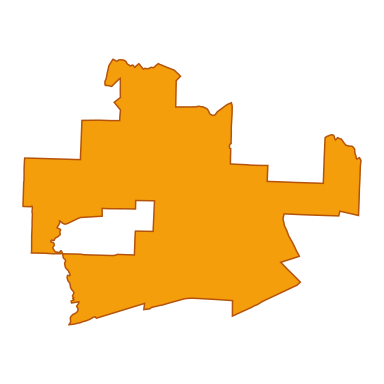 the district of Sohatu, Calarasi, Romania
{"feature_id": "2599482B94348057267162", "entity_name": "Sohatu", "entity_type": "district", "adm_level": 2, "iso_a3": "ROU", "parent_name": "Romania", "parent_adm1": "Calarasi", "projection": "mercator", "projection_center": [26.509, 44.36], "detail": "fine", "context": "isolated", "style": "filled", "palette": "amber", "viewbox_px": 384, "rotation_deg": 0, "n_neighbors": 0, "source": "geoboundaries", "source_scale": "gbopen_adm2", "svg_char_len": 5797}
<svg xmlns="http://www.w3.org/2000/svg" viewBox="0 0 384 384"><path d="M239.1,313.0L252.1,307.1L253.7,306.0L254.5,305.7L256.2,305.1L257.6,304.5L260.2,302.8L262.1,301.7L263.8,300.8L297.2,285.1L300.3,282.1L298.3,280.0L286.8,268.6L280.7,262.3L298.8,256.5L299.3,256.3L299.4,256.2L296.5,251.0L294.5,246.6L292.4,242.4L288.8,236.1L286.8,230.7L284.3,225.3L283.8,222.1L283.3,220.7L283.0,218.7L284.1,213.9L307.5,214.9L322.4,215.4L338.8,215.9L339.8,211.2L350.1,213.5L358.5,215.5L358.6,212.7L359.1,199.9L359.4,189.2L359.5,186.5L359.6,185.0L359.9,179.3L360.3,166.9L360.4,165.7L361.0,160.4L359.4,157.7L356.8,159.0L356.3,158.4L355.9,155.7L355.4,154.7L355.0,153.4L354.8,151.8L354.8,149.8L354.2,148.4L352.9,146.9L352.1,146.3L348.7,146.0L345.8,145.1L344.4,143.4L342.7,141.0L341.4,139.2L341.1,139.0L340.3,138.9L340.0,138.8L338.3,138.0L337.8,137.7L337.6,137.6L335.6,139.9L335.1,139.4L334.8,138.9L334.7,138.6L334.3,136.8L334.0,136.0L333.7,135.5L333.3,135.1L332.7,134.9L332.3,134.8L331.7,134.8L331.1,134.9L330.2,135.1L328.6,135.8L328.2,136.0L327.3,136.2L326.8,136.5L325.6,137.3L325.1,137.7L324.4,153.4L323.8,169.6L323.3,183.4L318.8,183.2L293.7,182.4L287.2,182.1L275.9,181.7L267.2,181.4L267.8,165.5L258.4,165.4L249.6,165.1L248.1,164.8L230.4,164.0L230.5,159.9L230.5,156.0L230.6,155.2L230.7,148.6L230.1,148.4L229.7,148.0L229.4,147.4L229.6,144.8L230.0,144.2L231.1,143.6L231.1,139.9L231.3,134.2L231.3,130.5L231.2,128.6L231.3,127.2L231.5,123.5L231.8,118.1L232.0,115.1L232.1,112.7L232.2,106.5L231.9,104.6L231.1,102.0L231.3,103.2L231.2,103.3L230.4,103.4L229.0,103.7L228.2,104.1L227.0,104.7L226.4,105.1L225.4,105.8L221.7,108.6L219.0,110.5L217.5,111.6L216.8,112.5L216.3,113.1L215.7,114.2L215.1,114.8L214.5,115.2L213.5,115.3L212.2,115.2L211.3,114.8L210.5,114.4L209.9,113.9L209.6,113.3L209.3,112.8L208.8,111.5L207.5,109.3L207.0,108.8L204.5,107.6L203.1,106.9L202.7,106.8L200.9,106.7L199.3,106.3L198.5,106.3L197.1,106.5L195.9,106.9L175.7,107.0L176.2,80.7L180.5,76.3L179.8,75.6L179.0,74.7L175.0,70.9L174.2,70.1L170.4,68.7L162.7,65.6L161.8,65.1L160.1,64.6L159.7,64.4L158.4,63.6L158.2,63.7L156.0,65.5L154.8,66.6L153.5,67.7L153.3,67.7L152.9,67.6L152.0,67.4L151.1,67.3L149.8,68.0L148.5,68.6L147.5,68.7L146.0,68.6L144.8,68.3L144.2,68.6L143.2,69.1L139.1,63.9L138.7,63.8L136.0,66.1L135.9,66.4L134.8,67.4L133.1,65.3L132.8,65.1L132.5,65.1L132.0,65.2L130.6,65.9L130.4,65.9L130.0,65.8L129.3,65.2L128.8,64.9L127.9,64.4L127.4,64.0L127.1,63.7L126.9,63.4L126.3,62.1L126.1,61.7L125.9,61.5L125.7,61.3L125.3,61.0L124.7,60.6L124.0,60.3L123.4,60.1L122.7,59.9L119.3,59.8L118.3,60.2L117.2,61.1L116.9,61.2L116.5,61.2L113.3,59.3L113.1,59.3L112.8,59.4L109.9,64.1L109.0,65.5L108.8,66.2L107.4,72.3L106.1,78.9L105.6,80.0L105.0,81.2L104.9,83.2L105.0,84.5L105.3,85.3L105.7,85.6L106.6,85.4L107.6,85.5L109.7,85.9L111.3,86.4L111.6,86.4L112.0,86.1L113.8,84.3L115.9,82.1L116.7,81.4L117.6,80.6L119.3,78.9L120.3,78.3L120.3,82.2L120.4,85.2L120.3,88.1L120.3,91.8L120.4,97.5L114.2,102.3L120.5,110.0L120.2,113.0L119.9,116.4L119.7,120.6L110.9,120.6L98.8,120.2L81.9,120.4L81.7,126.7L81.0,145.1L80.5,156.2L80.5,159.6L75.0,159.5L62.6,159.1L54.7,158.9L32.5,158.2L24.7,158.1L24.5,160.5L24.1,168.2L24.1,174.5L24.0,180.7L23.8,181.7L23.7,182.1L23.0,206.4L23.5,206.5L30.1,206.7L30.6,206.7L30.9,206.6L31.9,206.1L32.1,206.6L32.3,207.3L32.4,207.7L32.0,212.0L32.1,212.5L32.3,213.3L32.4,213.6L32.1,221.7L32.1,226.0L31.7,235.7L31.6,249.8L31.6,250.6L31.4,253.0L44.6,253.2L53.5,253.8L55.0,253.7L58.9,253.7L61.5,253.7L62.3,253.5L62.3,253.1L62.0,252.2L61.8,251.8L61.3,250.9L61.1,250.8L60.9,250.8L60.5,250.9L60.3,251.1L60.1,251.5L59.9,252.2L59.8,252.4L59.5,252.5L59.0,252.5L58.0,252.3L57.3,252.1L56.0,252.0L55.5,251.9L55.0,251.5L54.5,250.9L53.0,248.4L52.8,247.8L52.8,247.4L53.6,246.3L54.0,245.8L54.2,245.3L54.2,244.4L54.1,243.8L53.8,243.2L53.4,242.8L52.7,242.5L51.2,242.1L50.9,241.9L50.7,241.7L50.7,241.4L50.9,240.8L51.4,240.2L52.0,240.1L52.9,240.4L53.5,240.5L54.0,240.4L54.2,240.1L54.6,239.3L54.9,238.6L55.3,238.2L55.8,237.8L56.7,237.4L58.8,236.0L59.9,234.9L60.2,234.6L59.8,231.7L59.9,231.2L60.5,230.4L60.6,229.9L60.1,229.2L59.5,228.9L58.5,228.5L57.3,228.0L57.1,227.7L57.2,227.2L59.5,223.5L59.7,222.2L59.7,221.3L59.6,221.0L60.2,221.2L60.6,221.4L61.7,222.5L63.2,223.5L64.4,224.0L64.8,224.1L65.5,224.1L67.0,223.7L69.4,222.6L74.6,220.1L77.9,218.5L80.5,217.5L102.2,216.2L102.1,208.4L108.0,208.7L126.3,208.8L135.5,209.0L135.7,200.5L154.5,200.8L153.4,225.1L153.2,228.8L153.2,231.4L135.4,231.1L135.0,237.8L134.4,255.0L117.6,254.4L117.2,254.4L116.7,254.6L116.0,255.1L115.5,255.2L114.8,255.2L114.2,255.3L113.7,255.6L89.8,254.9L88.8,254.9L88.1,255.0L87.4,254.8L83.3,254.7L81.8,254.3L78.3,254.1L62.7,253.8L62.9,255.7L63.2,256.5L63.2,257.7L64.0,258.6L65.2,259.5L65.6,260.9L65.2,261.8L64.6,263.1L64.9,265.1L65.5,267.7L65.8,268.1L67.5,270.0L68.5,271.0L68.7,271.8L69.5,273.1L70.1,274.6L70.0,275.2L69.7,275.7L67.7,275.3L67.2,276.5L67.1,277.6L67.3,278.5L68.0,280.8L68.4,281.5L69.3,282.4L69.8,283.1L70.6,287.5L71.2,288.8L71.6,289.4L72.8,290.9L73.8,292.3L73.9,293.2L73.6,293.9L72.8,295.1L72.5,295.8L72.5,296.1L73.0,297.1L73.3,297.5L73.7,297.8L72.8,298.5L73.1,298.8L73.9,299.8L72.2,300.7L71.1,301.1L71.6,303.0L72.8,302.8L78.9,301.8L78.9,302.1L78.4,303.8L76.6,306.1L76.8,306.8L77.7,308.0L78.1,309.1L77.8,310.5L77.5,311.3L76.7,312.3L75.6,313.2L75.1,313.4L73.2,314.3L72.3,315.0L71.1,316.5L70.5,317.1L70.3,318.1L70.5,320.2L70.6,321.3L70.5,322.2L69.9,323.3L69.2,324.2L69.0,324.7L70.3,324.6L71.5,324.4L73.0,324.3L76.2,323.6L77.9,323.1L79.6,322.9L80.8,322.5L82.0,322.0L82.7,321.7L85.8,320.9L87.0,320.5L89.8,319.3L93.1,317.4L95.2,316.8L96.4,318.2L144.6,303.4L143.8,309.6L149.4,308.9L150.2,308.6L151.5,307.4L157.7,306.0L159.4,305.5L161.7,305.2L170.6,302.6L183.0,299.2L185.7,298.6L189.6,298.3L192.0,298.2L198.7,298.5L218.2,299.6L232.5,300.6L232.4,316.1L239.1,313.0Z" fill="#f59e0b" stroke="#b45309" stroke-width="1.5"/></svg>